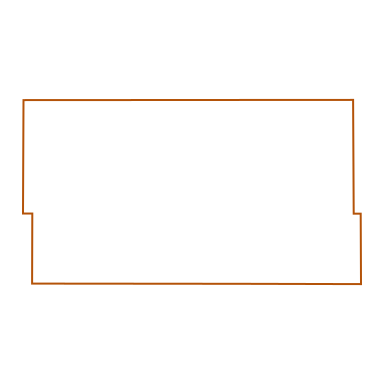 Cavalier, North Dakota, United States of America
{"feature_id": "52423323B74139134626604", "entity_name": "Cavalier", "entity_type": "district", "adm_level": 2, "iso_a3": "USA", "parent_name": "United States of America", "parent_adm1": "North Dakota", "projection": "equal_earth", "projection_center": [-98.452, 48.772], "detail": "fine", "context": "isolated", "style": "outline", "palette": "amber", "viewbox_px": 384, "rotation_deg": 0, "n_neighbors": 0, "source": "geoboundaries", "source_scale": "gbopen_adm2", "svg_char_len": 264}
<svg xmlns="http://www.w3.org/2000/svg" viewBox="0 0 384 384"><path d="M32.1,283.6L237.7,283.8L361.0,284.1L360.7,213.7L353.7,213.7L353.1,99.9L352.8,99.9L184.0,100.0L23.5,100.1L23.0,213.5L32.3,213.5L32.1,283.6Z" fill="none" stroke="#b45309" stroke-width="2"/></svg>